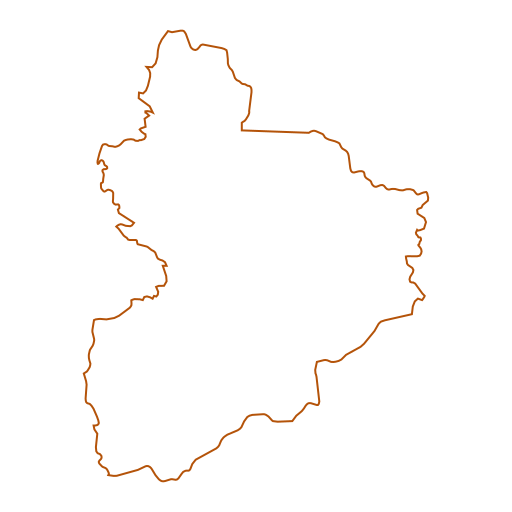 Vallée du Bandama, Robinson projection
{"feature_id": "CIV-3450", "entity_name": "Vallée du Bandama", "entity_type": "Region", "adm_level": 1, "iso_a3": "CIV", "parent_name": "Ivory Coast", "parent_adm1": "", "projection": "robinson", "projection_center": [-5.056, 8.307], "detail": "fine", "context": "isolated", "style": "outline", "palette": "amber", "viewbox_px": 512, "rotation_deg": 0, "n_neighbors": 0, "source": "natural_earth", "source_scale": "10m", "svg_char_len": 6011}
<svg xmlns="http://www.w3.org/2000/svg" viewBox="0 0 512 512"><path d="M411.9,314.2L384.9,320.3L381.0,321.6L379.5,322.9L378.5,324.0L374.5,331.0L364.0,343.8L360.6,346.8L346.1,354.8L341.4,359.5L338.7,360.9L335.7,361.7L333.5,362.0L331.1,361.9L327.3,360.3L325.4,360.0L324.0,360.1L316.9,361.9L315.2,369.9L315.5,373.4L316.0,374.6L316.5,376.8L319.3,401.5L318.8,403.8L317.9,405.0L316.8,405.0L310.9,403.2L309.8,403.1L308.7,403.2L307.6,403.7L306.6,404.6L305.6,405.8L303.9,408.5L302.0,410.9L300.9,411.9L296.3,415.7L292.3,421.1L277.6,421.7L272.9,421.1L271.9,420.3L268.5,416.5L266.1,414.9L264.6,414.3L263.2,414.2L252.3,414.9L249.5,415.7L247.3,417.0L244.1,421.4L241.4,427.2L239.9,428.8L237.7,430.3L227.3,434.7L224.7,436.5L223.5,437.5L221.6,439.9L220.9,441.2L219.8,443.8L219.3,445.1L218.2,446.7L216.3,448.4L195.7,459.7L192.3,464.0L190.4,468.9L189.4,470.3L188.3,470.7L186.9,470.6L185.4,470.8L183.2,471.9L181.8,473.6L178.4,478.4L177.0,479.5L175.7,479.8L172.2,479.2L171.0,479.2L165.2,481.0L163.5,481.3L162.1,481.2L161.0,480.8L159.9,480.1L158.8,479.2L155.5,475.2L151.8,469.1L150.9,467.9L149.8,466.9L148.2,466.1L146.8,466.0L145.5,466.3L137.9,469.9L116.7,475.8L113.7,475.9L108.3,475.1L108.9,473.9L108.6,472.6L107.4,470.1L106.5,468.8L105.4,468.0L102.7,466.9L101.9,466.3L99.3,463.5L98.9,462.6L98.8,461.7L99.4,460.6L100.9,459.1L101.4,458.3L101.6,457.1L101.3,455.7L99.8,454.0L98.0,453.4L97.4,452.9L96.3,451.3L95.9,447.1L97.3,433.7L94.4,429.4L93.6,425.5L95.3,425.5L97.1,425.1L97.9,424.6L98.4,424.0L98.8,423.0L98.3,420.4L97.0,416.7L93.5,408.7L91.5,405.7L89.7,403.9L87.6,403.3L86.8,402.8L86.2,402.1L85.8,400.7L85.6,398.6L86.6,384.7L86.1,381.2L83.8,373.5L86.9,371.5L87.9,370.1L89.7,367.1L90.2,365.2L90.4,363.6L89.4,360.4L88.9,358.1L88.8,355.5L88.9,354.3L89.7,350.8L90.0,349.8L92.7,345.7L93.5,343.7L94.0,341.4L94.2,340.2L94.1,338.9L92.4,331.9L92.4,329.9L94.0,320.1L95.7,319.4L98.5,319.0L100.2,318.9L106.4,319.4L114.3,318.0L119.1,315.7L129.8,307.7L130.8,306.4L131.4,305.2L131.5,303.5L131.3,300.3L132.3,299.8L134.4,299.1L139.8,299.3L142.8,300.1L144.3,297.0L147.0,296.4L150.1,297.3L152.6,298.7L154.0,295.9L156.3,296.5L157.8,294.7L158.2,291.8L156.1,286.9L158.6,285.9L164.0,285.8L166.6,281.3L166.2,276.0L162.8,265.8L166.6,265.8L165.0,262.2L162.5,260.5L159.9,259.7L157.9,258.6L157.1,257.3L155.3,252.7L154.5,251.8L153.6,251.1L151.5,250.0L147.7,247.0L146.6,246.5L137.7,244.2L137.3,243.3L136.8,240.6L135.9,240.0L129.6,240.0L128.1,239.6L126.6,237.6L125.7,237.2L123.7,235.6L118.6,228.7L116.3,226.6L117.3,225.7L119.0,224.7L120.7,224.2L122.3,224.5L125.7,225.8L130.3,226.2L131.9,225.4L134.0,222.8L118.9,213.1L117.9,209.6L119.4,208.0L119.3,206.2L119.0,205.1L118.2,204.4L115.5,204.6L114.0,203.7L113.0,202.3L112.9,201.2L113.1,198.8L113.2,193.0L112.7,191.9L112.1,191.1L110.4,190.2L108.4,189.7L107.4,189.9L105.1,191.4L104.3,191.6L103.5,191.2L101.7,189.1L101.2,188.3L101.0,187.1L100.9,183.8L101.2,183.0L102.0,182.8L102.8,182.3L103.1,180.5L103.2,179.0L103.8,175.1L103.6,173.8L103.2,172.7L102.7,171.9L102.4,170.9L102.6,170.0L103.7,169.2L105.7,169.1L106.6,168.8L107.2,168.2L107.1,166.9L106.5,166.2L104.8,165.2L104.3,164.3L103.7,162.1L103.2,161.2L102.5,160.6L101.6,160.2L100.6,160.5L99.8,161.3L99.2,162.9L98.3,163.8L97.8,163.8L97.5,162.6L97.6,160.8L99.5,153.3L102.0,146.0L103.0,144.6L104.5,144.2L105.6,144.2L106.7,144.5L108.2,145.6L109.1,146.0L112.6,146.3L114.6,146.8L115.6,146.8L117.5,146.2L119.2,145.4L120.7,144.2L124.0,140.7L125.7,140.0L127.7,139.5L131.0,139.2L133.7,139.6L135.4,140.7L137.4,140.9L138.4,140.8L139.5,140.1L141.2,140.1L144.3,139.0L145.7,136.8L145.4,134.2L144.3,133.8L141.6,131.8L139.7,129.5L140.9,128.4L145.6,126.8L144.6,118.7L149.1,115.6L146.5,113.1L145.4,112.6L145.4,111.3L147.4,111.1L149.3,111.4L151.1,111.8L152.8,112.6L149.7,106.3L138.7,98.2L139.0,92.6L143.1,93.4L146.0,90.5L147.9,85.8L150.1,76.7L150.2,73.1L149.1,70.0L146.5,66.9L152.1,67.2L155.6,63.4L157.4,57.2L157.9,50.5L159.1,45.1L161.8,39.5L168.0,31.1L172.0,32.2L180.4,30.7L182.6,30.7L183.7,31.0L184.7,32.1L185.9,34.0L190.3,46.1L190.8,47.2L191.6,48.2L193.1,49.4L194.3,49.8L195.6,50.0L197.4,49.2L199.4,47.0L200.5,45.5L201.4,44.9L202.8,44.5L221.7,48.1L224.4,49.0L226.5,50.2L227.1,52.6L227.8,59.0L227.9,63.4L228.3,65.0L229.3,67.1L229.9,68.1L231.8,70.0L232.8,71.7L234.9,77.9L235.9,79.2L236.8,80.1L239.5,81.4L241.6,83.4L242.4,83.9L245.2,84.3L247.5,85.7L249.3,86.0L250.1,86.5L250.7,87.2L251.2,88.1L251.5,89.8L251.5,92.2L249.1,111.3L249.3,111.9L249.1,113.3L248.3,115.5L245.9,119.4L244.5,121.0L243.2,121.7L241.8,122.7L241.8,130.4L308.8,132.8L311.0,131.5L313.2,130.8L314.5,130.8L316.0,131.2L322.7,134.1L323.9,135.5L324.9,137.3L326.4,138.4L329.0,139.6L335.1,141.3L337.7,142.4L339.4,143.4L341.2,147.1L341.8,147.9L342.4,148.6L345.7,150.6L347.1,151.9L348.1,153.7L348.7,155.9L350.3,168.4L351.0,170.8L351.9,171.9L352.9,172.4L354.1,172.5L358.4,171.4L359.8,171.2L361.8,171.2L363.0,171.6L363.9,172.3L364.3,173.3L364.7,175.7L365.3,177.0L366.4,178.2L370.1,180.6L371.0,181.6L371.8,183.8L372.5,184.9L373.8,186.2L375.0,186.7L376.1,186.8L377.1,186.5L380.4,185.2L382.2,185.0L383.3,185.4L384.2,186.0L385.7,187.9L387.1,189.1L388.3,189.5L389.4,189.5L391.5,189.0L393.1,188.9L395.2,189.0L399.3,190.1L401.4,190.3L403.1,190.3L406.3,189.3L407.8,189.2L410.1,189.2L413.0,190.0L413.7,190.4L415.9,193.2L416.9,194.2L417.9,194.5L418.9,194.3L421.8,193.1L423.5,192.5L426.2,192.0L427.1,193.1L428.2,197.7L427.9,200.6L422.7,205.0L421.4,207.7L418.2,208.8L417.1,210.0L417.6,213.7L424.3,218.0L426.0,222.1L424.0,228.6L420.2,230.1L417.7,230.6L417.1,229.9L415.9,232.7L416.3,234.3L417.5,235.6L418.4,237.2L418.8,237.4L419.6,237.4L420.4,237.5L420.9,238.5L421.0,240.0L420.5,240.9L419.9,241.5L419.2,244.1L418.4,244.7L418.4,245.4L420.3,247.7L421.2,249.3L421.6,251.4L421.1,253.6L419.7,255.7L417.0,256.3L407.8,256.2L405.9,256.5L406.1,258.5L406.8,261.4L407.0,263.5L408.0,265.0L412.3,267.9L413.4,270.0L412.9,272.4L410.2,276.7L409.5,279.3L410.1,281.7L411.4,282.4L413.3,282.5L415.2,283.6L422.3,293.4L424.7,295.9L424.3,296.9L422.8,299.2L422.1,300.1L417.9,298.6L414.8,301.4L412.8,306.5L411.9,314.2Z" fill="none" stroke="#b45309" stroke-width="2"/></svg>